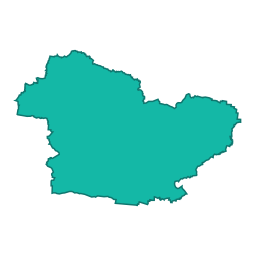 outline of Sam Chuk, Suphan Buri, Thailand
{"feature_id": "78962969B87742796188893", "entity_name": "Sam Chuk", "entity_type": "district", "adm_level": 2, "iso_a3": "THA", "parent_name": "Thailand", "parent_adm1": "Suphan Buri", "projection": "orthographic", "projection_center": [100.056, 14.761], "detail": "fine", "context": "isolated", "style": "filled", "palette": "teal", "viewbox_px": 256, "rotation_deg": 0, "n_neighbors": 0, "source": "geoboundaries", "source_scale": "gbopen_adm2", "svg_char_len": 5706}
<svg xmlns="http://www.w3.org/2000/svg" viewBox="0 0 256 256"><path d="M50.0,56.2L49.6,58.4L49.3,58.4L48.9,60.5L48.4,60.7L47.9,62.4L48.1,62.7L47.8,62.7L47.1,64.4L46.8,64.4L46.6,65.8L46.4,65.7L46.2,66.3L46.1,67.1L46.5,67.1L46.7,69.9L46.3,69.8L45.8,70.4L46.7,70.4L46.4,72.3L46.1,72.4L46.7,73.4L46.0,73.6L46.1,75.3L45.5,75.2L45.0,78.2L42.6,78.7L40.6,78.6L38.8,78.2L37.9,77.7L36.4,78.2L36.9,80.0L38.0,80.0L37.6,83.3L37.1,83.2L37.0,82.5L36.4,82.4L36.2,83.2L33.8,82.4L33.3,84.2L32.5,84.2L32.1,84.6L30.3,85.2L28.9,85.1L27.6,84.3L26.5,84.2L26.6,83.8L25.6,83.4L25.2,84.2L25.5,84.3L25.1,85.2L24.9,88.1L25.2,88.2L24.7,89.7L24.8,90.9L25.2,90.9L25.1,91.4L24.0,91.5L23.1,92.8L22.3,92.5L21.6,92.6L21.5,93.1L21.2,93.1L20.8,95.0L19.4,95.0L18.5,97.0L16.2,100.2L15.4,100.5L18.0,101.4L18.2,104.9L19.2,105.2L18.9,105.7L18.5,105.7L18.5,109.2L18.0,109.7L17.2,114.4L17.7,114.7L27.1,116.3L30.8,116.2L31.4,115.7L32.7,115.7L33.8,116.1L33.8,116.7L36.4,118.0L36.9,117.6L37.3,117.8L37.7,117.5L39.3,117.5L39.5,117.9L40.7,118.4L41.6,118.2L41.6,117.7L43.4,118.4L45.3,117.9L47.0,118.5L47.4,120.1L48.1,120.9L48.3,121.9L47.9,121.9L47.9,122.7L48.1,124.4L48.6,124.7L48.2,129.7L50.9,129.9L50.8,130.9L51.7,131.9L52.7,132.0L49.6,135.7L48.4,136.4L47.3,136.5L47.4,138.4L49.2,139.3L49.0,140.5L49.7,141.6L49.8,142.8L49.0,144.1L50.5,144.2L52.6,148.0L53.3,148.1L54.3,148.8L55.5,150.6L57.0,151.1L58.3,152.1L59.1,152.9L59.2,154.4L52.5,158.4L51.5,158.2L51.3,157.7L50.2,157.7L50.2,158.7L48.4,158.8L48.2,161.0L46.7,162.3L47.1,163.6L46.2,164.2L47.7,166.2L50.9,167.6L51.9,168.5L53.4,172.1L51.7,173.9L51.8,175.1L52.5,176.4L52.3,177.2L53.4,177.6L54.7,177.7L53.7,180.2L51.7,180.3L51.2,181.0L51.1,185.8L52.3,185.9L52.1,193.2L53.5,192.8L55.6,192.9L56.8,193.5L59.4,193.9L62.5,193.1L64.6,192.9L69.3,191.5L71.1,191.4L72.7,191.7L74.6,192.9L76.9,192.7L79.5,193.7L80.7,193.5L84.7,194.3L91.7,197.0L94.6,196.6L95.5,197.1L97.6,195.9L104.0,196.7L108.0,196.4L109.1,197.2L111.4,197.6L113.8,199.4L116.1,199.6L115.3,203.3L136.3,205.1L136.9,205.4L137.3,205.4L137.6,204.0L138.7,204.2L139.2,201.9L147.5,204.5L148.1,203.4L147.9,201.1L148.2,201.0L148.6,201.5L149.8,201.2L149.9,199.7L150.8,199.8L150.8,200.3L154.2,200.3L154.4,196.8L155.9,197.3L157.6,198.2L159.7,197.4L160.3,198.7L159.6,199.0L160.4,200.1L161.4,199.7L162.1,198.7L163.9,199.7L163.8,199.3L166.3,198.4L169.2,198.1L168.7,200.0L170.1,199.9L170.8,202.5L172.0,202.5L171.7,201.6L172.6,201.0L174.8,200.4L175.4,200.9L176.1,200.9L176.2,199.5L177.9,199.1L179.5,199.3L179.5,198.4L180.5,198.7L180.6,198.0L181.1,198.1L181.9,196.4L184.4,195.2L185.1,194.2L186.8,193.9L184.4,190.6L182.4,188.6L181.9,187.2L182.0,186.1L178.9,188.3L177.5,188.5L175.8,187.4L174.8,185.5L174.5,183.7L175.0,181.5L177.3,180.9L178.0,181.1L178.6,181.7L179.1,180.8L181.0,178.7L182.6,178.9L183.5,178.1L184.9,177.7L186.6,178.1L187.0,177.4L188.0,176.6L189.6,177.7L190.3,177.5L190.6,176.4L191.9,176.8L192.7,175.8L196.5,175.4L196.8,175.0L196.5,173.6L196.7,171.7L196.0,170.4L195.9,169.5L197.7,166.3L199.5,166.0L201.4,164.7L202.6,164.5L202.7,164.0L202.1,163.1L202.3,162.6L203.7,162.3L206.1,160.4L208.6,159.6L210.8,157.1L211.8,157.0L213.1,157.5L213.2,155.7L214.5,154.2L216.2,154.7L216.3,154.5L219.0,154.4L219.0,153.9L220.1,154.0L220.3,152.7L221.6,152.8L221.7,152.1L222.8,151.9L222.8,151.5L223.2,151.5L223.3,152.1L226.0,151.1L225.6,149.4L226.7,145.9L227.9,145.8L229.7,146.5L230.3,144.8L230.9,145.1L231.1,144.5L232.0,144.5L231.6,143.1L232.5,143.1L232.6,140.9L231.8,140.7L231.6,140.0L231.9,139.7L230.8,139.5L230.6,138.8L231.5,138.6L231.5,137.8L230.4,137.8L230.1,136.4L231.8,136.2L231.6,132.9L231.7,131.4L232.1,131.2L232.2,130.1L231.9,128.9L234.3,126.5L233.8,126.0L234.2,124.6L235.0,124.9L236.6,122.9L237.4,122.6L239.5,122.1L240.6,122.2L240.6,119.4L237.2,119.2L238.0,113.1L236.2,112.8L236.6,109.4L234.1,108.4L234.4,106.9L231.0,106.4L231.2,104.6L226.6,104.4L226.5,101.4L222.4,100.7L222.3,101.4L220.5,101.2L220.0,102.8L217.3,101.4L217.3,101.1L215.8,100.6L211.8,100.3L212.1,99.1L210.5,98.7L210.6,98.4L209.1,97.8L205.4,97.1L202.7,97.4L202.7,97.7L197.4,96.2L197.1,96.6L196.3,96.6L195.0,95.8L193.5,97.7L193.0,97.2L191.3,97.8L190.7,97.4L190.1,96.4L189.7,94.3L188.7,93.8L186.4,94.8L185.0,98.1L183.0,100.2L181.6,102.4L180.6,102.8L178.1,102.7L176.8,103.5L176.0,105.0L176.2,107.2L174.5,108.5L172.3,107.1L170.1,106.3L166.8,104.5L164.6,104.7L162.9,104.1L159.6,103.5L159.7,101.9L158.7,100.9L158.0,99.3L152.7,101.4L148.6,101.4L146.2,103.0L143.8,103.3L143.8,102.0L142.8,100.9L143.5,100.2L143.6,99.0L144.5,98.9L144.6,96.8L144.2,96.3L143.5,96.5L142.9,95.6L143.0,95.1L142.6,94.8L142.5,94.2L142.9,93.6L142.5,93.3L142.5,91.9L140.9,90.1L139.7,89.8L138.3,90.1L137.8,89.7L138.3,88.3L139.6,87.7L140.1,87.1L139.4,84.3L140.3,82.2L140.1,81.2L138.8,81.3L138.9,80.4L138.2,80.4L137.2,78.9L136.8,79.2L136.6,79.8L135.0,79.2L134.3,79.9L132.3,78.1L132.4,77.3L131.5,77.4L130.7,75.7L130.2,75.5L130.3,74.8L129.3,75.0L128.6,74.6L128.1,74.9L126.5,74.3L125.5,74.3L124.4,72.9L123.0,72.8L122.4,71.8L121.5,71.2L118.9,71.9L118.3,71.5L117.6,71.8L116.5,71.4L116.0,72.2L114.9,71.7L114.4,71.0L113.4,70.8L113.3,70.1L112.9,69.9L111.6,71.4L110.8,71.7L110.0,70.6L108.6,70.4L107.7,69.0L106.8,69.2L105.7,68.5L103.8,68.3L103.4,67.0L102.5,67.0L100.2,65.8L97.8,65.3L97.2,64.8L96.4,64.8L94.5,63.8L93.0,64.1L92.5,63.0L92.8,62.4L92.8,61.5L93.4,60.4L91.2,58.6L89.7,58.4L89.6,57.7L90.1,57.1L89.5,56.2L88.3,56.5L87.7,56.2L86.7,56.6L86.0,55.6L85.7,54.4L84.7,54.3L84.7,53.4L83.1,52.7L81.6,53.1L81.2,51.9L80.2,52.3L78.7,51.9L77.8,52.4L77.2,51.3L76.0,51.3L75.7,50.7L75.2,50.6L73.9,50.7L73.2,51.2L72.8,50.9L71.9,51.1L71.3,51.8L71.2,52.6L69.3,54.9L67.6,56.0L66.7,56.9L65.4,56.7L64.5,56.1L63.5,57.0L61.6,57.7L61.6,57.2L59.7,57.0L58.2,56.1L57.3,54.8L57.0,55.9L54.4,56.3L54.2,56.8L50.0,56.2Z" fill="#14b8a6" stroke="#0f766e" stroke-width="1.5"/></svg>